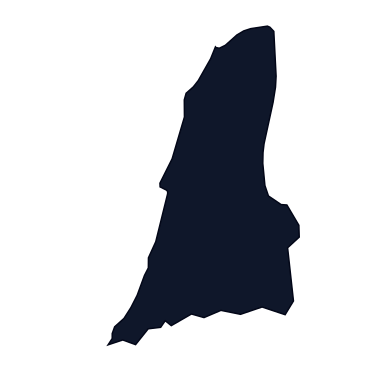 Cape May, New Jersey, United States of America, rotated 165°
{"feature_id": "52423323B74589242943410", "entity_name": "Cape May", "entity_type": "district", "adm_level": 2, "iso_a3": "USA", "parent_name": "United States of America", "parent_adm1": "New Jersey", "projection": "albers", "projection_center": [-74.781, 39.126], "detail": "fine", "context": "isolated", "style": "filled", "palette": "ink", "viewbox_px": 384, "rotation_deg": 165, "n_neighbors": 0, "source": "geoboundaries", "source_scale": "gbopen_adm2", "svg_char_len": 863}
<svg xmlns="http://www.w3.org/2000/svg" viewBox="0 0 384 384"><g transform="rotate(165 192 192)"><path d="M133.8,49.4L122.2,60.5L114.1,113.4L100.1,120.7L97.4,132.2L103.7,154.9L109.2,156.8L119.2,168.4L119.9,179.4L116.2,201.4L113.2,211.7L109.9,220.0L90.5,257.6L84.2,271.7L80.8,282.1L71.4,326.0L74.1,331.0L76.2,332.7L93.0,334.6L100.4,334.2L107.9,332.1L121.8,325.1L128.4,323.8L131.4,325.3L131.8,326.1L139.5,315.9L157.1,298.0L163.5,293.2L172.1,288.9L175.6,283.0L179.9,266.4L202.6,229.2L220.7,208.8L221.5,205.2L216.1,200.4L215.4,198.7L216.0,196.6L239.9,153.3L251.1,139.7L253.8,130.0L259.5,123.7L271.7,106.4L280.9,96.2L290.4,87.5L301.6,81.8L305.7,75.9L307.0,71.1L312.6,66.1L297.2,67.0L286.0,59.2L269.7,71.2L257.3,69.4L251.2,74.6L246.6,68.3L224.1,74.3L212.9,67.6L194.7,70.2L176.8,61.3L154.1,62.8L133.8,49.4Z" fill="#0f172a" stroke="#020617" stroke-width="1.5"/></g></svg>